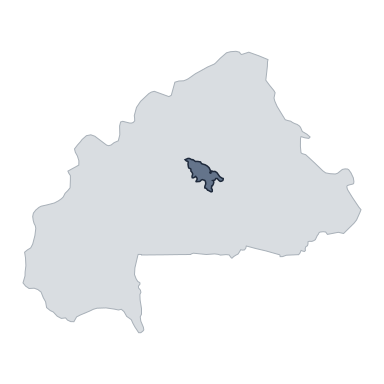 location of Oubritenga within Burkina Faso
{"feature_id": "BFA-2816", "entity_name": "Oubritenga", "entity_type": "Province", "adm_level": 1, "iso_a3": "BFA", "parent_name": "Burkina Faso", "parent_adm1": "", "projection": "natural_earth1", "projection_center": [-1.281, 12.591], "detail": "fine", "context": "in_parent", "style": "filled", "palette": "slate", "viewbox_px": 384, "rotation_deg": 0, "n_neighbors": 0, "source": "natural_earth", "source_scale": "10m", "svg_char_len": 4574}
<svg xmlns="http://www.w3.org/2000/svg" viewBox="0 0 384 384"><path d="M297.5,254.7L286.5,255.2L282.5,256.6L280.1,256.6L280.0,255.4L279.7,254.8L265.9,250.9L256.1,248.6L246.3,246.0L245.7,248.4L244.3,250.0L242.2,250.1L240.7,249.7L239.7,251.5L238.1,254.0L235.8,255.2L233.5,256.7L232.3,258.0L231.4,258.0L229.1,254.9L226.1,254.6L220.5,255.1L218.0,254.3L214.5,253.9L206.4,254.5L193.4,253.2L191.3,253.9L190.7,254.5L177.9,254.6L163.7,254.8L151.9,254.9L141.5,255.0L141.5,254.5L138.2,254.4L137.8,255.5L134.9,267.9L134.5,274.6L136.1,278.8L137.8,281.5L139.8,282.6L140.0,284.1L138.4,286.1L138.6,288.0L140.4,290.1L140.9,292.3L139.9,294.5L140.1,300.0L141.5,308.6L141.5,314.2L140.2,316.8L140.8,321.1L143.4,327.3L143.8,329.9L142.9,331.1L140.8,332.7L138.7,332.7L136.2,328.9L135.1,327.3L133.0,323.5L131.3,319.7L129.0,318.0L126.7,316.4L124.0,311.6L121.3,309.3L118.5,310.0L114.3,309.1L106.0,307.9L97.0,308.2L93.3,309.3L89.6,311.1L80.3,315.0L76.6,316.9L73.9,321.7L70.7,321.6L67.5,320.1L65.6,317.9L61.3,318.4L57.2,316.2L53.3,312.0L50.3,310.6L46.6,307.6L45.6,301.8L43.3,297.7L41.1,292.1L37.9,289.6L34.2,288.2L29.1,288.5L25.7,286.2L23.0,282.9L23.8,280.1L25.0,276.0L25.1,272.1L25.9,265.7L25.5,257.8L24.6,252.2L27.4,249.9L30.7,247.9L32.7,244.1L34.9,235.6L35.8,228.3L35.2,225.6L34.1,223.5L33.2,220.3L32.7,216.5L33.4,213.1L35.8,210.0L38.9,207.4L41.2,206.2L47.0,204.9L54.3,203.0L58.5,200.8L61.6,198.6L63.3,196.9L65.1,193.3L67.9,190.5L70.1,187.8L70.4,180.0L70.4,175.6L68.8,173.2L67.9,171.1L78.8,165.1L78.9,160.8L77.4,156.0L75.3,152.2L74.5,148.9L77.5,145.0L80.2,142.0L82.1,139.5L86.4,135.7L90.8,134.8L94.8,136.2L106.6,145.1L108.6,145.7L111.1,145.0L114.2,142.6L118.3,140.8L119.8,134.8L119.6,126.0L120.6,122.0L122.7,121.3L129.5,123.0L131.3,123.1L133.2,122.5L134.7,120.9L134.6,118.1L134.3,115.6L136.5,107.4L140.6,101.3L148.8,93.6L151.3,92.1L154.3,91.3L168.9,96.6L171.3,95.3L174.9,82.2L178.9,81.0L183.6,80.8L186.7,79.6L188.3,78.7L195.3,73.8L207.6,67.0L214.2,64.1L215.5,63.1L220.2,58.3L226.5,52.8L230.5,51.7L236.0,51.3L239.5,52.2L240.4,53.7L241.6,54.5L248.8,52.2L259.1,55.9L268.0,59.6L267.5,61.9L267.4,66.0L266.7,72.4L265.8,80.2L269.5,85.2L273.9,90.6L275.1,92.7L274.0,98.0L274.8,101.2L277.1,106.4L281.1,113.0L285.2,119.7L288.0,120.6L290.7,121.2L292.4,122.4L294.8,123.6L297.1,124.4L299.2,125.8L300.5,127.3L302.3,131.5L306.9,134.2L310.1,137.0L308.8,138.4L304.8,137.8L301.0,136.6L300.5,138.6L300.4,146.3L301.0,152.7L301.9,153.5L305.7,154.7L314.7,163.0L322.9,170.9L325.7,172.9L330.2,173.7L335.3,174.0L337.5,173.3L342.4,169.4L345.0,168.9L347.4,169.0L348.7,169.7L351.0,172.9L353.3,177.8L353.9,181.4L353.7,183.3L353.0,184.0L348.9,185.0L347.2,185.7L346.8,186.8L347.4,189.2L348.2,190.7L352.6,197.8L359.0,207.3L361.0,209.7L359.9,212.5L356.6,219.9L354.2,223.0L343.6,233.5L338.3,232.3L327.4,234.4L325.7,232.0L323.1,231.7L320.0,232.1L318.8,233.0L318.5,234.0L317.3,235.5L315.3,239.7L313.7,240.7L311.8,241.4L309.4,241.3L308.0,241.8L308.0,243.9L307.5,245.7L305.9,246.6L305.2,248.6L305.4,250.6L304.4,251.5L302.4,251.0L301.1,250.4L300.0,253.0L298.6,254.7L297.5,254.7Z" fill="#d9dde1" stroke="#a8b0b8" stroke-width="1"/><path d="M220.2,181.4L218.9,180.4L217.2,178.5L215.8,178.5L214.8,180.1L213.9,180.3L212.9,180.5L213.5,180.9L213.8,182.3L213.4,183.9L212.5,185.7L212.4,185.8L212.1,185.8L211.8,185.8L211.6,186.1L211.6,186.3L211.6,186.9L211.6,187.1L211.4,188.1L211.4,188.6L211.8,188.8L212.2,189.3L212.3,190.4L212.2,191.5L211.1,191.9L208.2,190.3L207.6,190.2L206.6,188.8L205.4,188.0L204.8,187.9L204.8,187.1L204.9,186.2L205.7,184.1L205.7,182.8L205.4,181.4L204.8,180.4L202.9,179.8L202.4,179.6L201.9,179.8L201.2,180.1L200.3,181.1L199.5,181.5L196.2,181.7L196.0,181.4L196.1,181.1L196.9,179.8L197.2,179.0L197.0,178.1L196.4,177.5L195.7,176.4L195.1,176.8L194.1,177.5L193.0,177.9L192.2,177.7L192.0,176.7L192.2,175.5L192.6,174.6L192.6,173.5L192.0,172.4L191.3,171.4L190.9,171.1L190.9,169.5L190.6,168.7L189.2,168.3L188.7,167.8L188.4,166.9L188.0,164.1L188.2,162.6L188.0,161.5L187.3,161.1L186.7,161.1L186.3,160.9L185.1,159.7L188.0,158.4L189.6,158.5L191.4,159.5L192.5,159.8L192.8,159.6L193.5,160.0L194.6,160.9L195.6,161.5L196.7,161.4L198.2,161.5L199.7,161.8L200.5,161.9L200.9,162.6L201.5,163.6L202.8,164.1L205.0,164.7L207.1,165.9L209.0,167.6L209.9,169.3L209.9,169.9L210.0,170.0L210.3,170.1L210.6,170.4L210.8,171.0L210.5,171.5L210.0,172.0L209.8,172.5L210.2,173.1L210.7,173.2L211.0,172.8L211.0,172.1L211.1,171.6L211.2,171.3L211.5,171.1L212.0,171.0L212.4,171.2L212.4,171.5L213.2,171.5L215.0,171.4L216.9,172.6L219.7,176.6L221.9,178.1L223.2,178.5L223.2,179.4L222.8,180.5L221.5,181.2L220.2,181.4Z" fill="#64748b" stroke="#1e293b" stroke-width="1.5"/></svg>